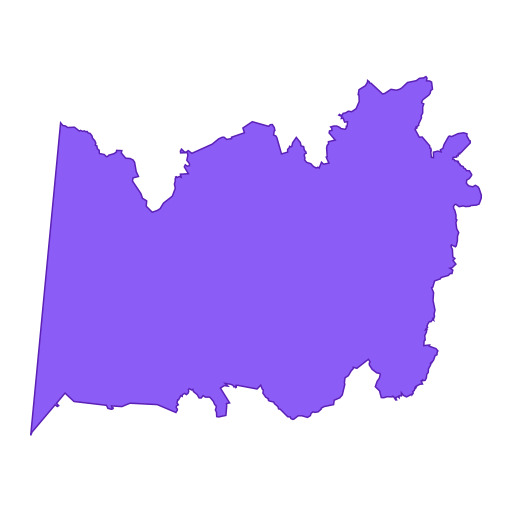 Huichapan, Hidalgo, Mexico (Natural Earth projection)
{"feature_id": "50627088B28469606214618", "entity_name": "Huichapan", "entity_type": "district", "adm_level": 2, "iso_a3": "MEX", "parent_name": "Mexico", "parent_adm1": "Hidalgo", "projection": "natural_earth1", "projection_center": [-99.627, 20.39], "detail": "fine", "context": "isolated", "style": "filled", "palette": "violet", "viewbox_px": 512, "rotation_deg": 0, "n_neighbors": 0, "source": "geoboundaries", "source_scale": "gbopen_adm2", "svg_char_len": 6071}
<svg xmlns="http://www.w3.org/2000/svg" viewBox="0 0 512 512"><path d="M463.7,132.8L458.1,133.6L451.6,136.6L449.7,136.0L448.6,136.5L444.0,144.6L442.9,148.4L440.4,149.8L441.1,151.9L437.8,151.1L433.4,152.2L433.5,157.7L431.4,157.4L430.7,151.1L431.3,150.9L430.8,148.3L429.8,148.1L429.7,145.8L422.2,137.0L419.3,137.2L415.0,129.3L417.0,127.9L415.3,126.7L416.0,127.0L418.7,125.4L418.6,124.1L421.5,117.8L421.2,115.8L422.7,113.0L422.7,107.0L423.8,103.9L421.7,102.8L421.6,102.0L422.9,99.7L428.8,95.1L430.2,93.2L430.7,90.6L432.5,89.2L431.6,82.1L429.8,81.0L426.5,80.8L427.0,78.0L425.9,76.6L423.5,77.9L419.5,78.3L416.2,80.7L407.5,82.5L401.7,88.0L399.7,89.2L396.4,90.2L391.0,89.3L384.8,93.4L382.6,94.0L371.1,83.3L369.5,83.0L369.3,81.8L367.6,80.5L367.5,82.1L365.4,85.7L359.0,89.7L358.2,94.5L358.7,94.5L359.0,96.1L359.2,101.5L356.1,108.7L351.7,111.7L348.3,111.2L345.6,112.9L343.1,113.4L342.2,115.0L340.8,115.3L339.5,114.4L338.8,115.1L341.9,116.5L341.3,118.5L343.2,118.2L344.6,122.1L347.5,121.7L347.2,126.0L346.2,126.3L346.5,127.5L345.2,129.3L340.6,128.5L340.0,127.5L336.9,126.1L333.9,126.0L330.7,126.9L331.8,128.2L331.9,130.4L329.5,130.9L329.1,132.9L335.2,140.1L328.4,141.7L328.5,144.0L327.2,145.3L326.6,148.1L327.2,156.7L326.2,157.1L328.9,163.1L323.6,164.2L321.5,162.2L319.2,168.0L317.9,167.2L316.3,168.0L313.4,166.5L310.8,163.7L306.7,162.4L304.6,159.9L305.0,157.8L304.3,156.0L304.5,154.0L306.2,153.2L305.8,151.8L304.4,150.3L303.6,146.6L301.1,145.9L300.3,142.5L296.3,137.4L292.6,142.8L291.8,146.4L290.9,146.9L289.6,146.3L289.3,147.7L287.6,149.4L287.7,152.1L281.5,153.9L276.8,137.5L275.8,135.9L273.6,135.1L274.2,131.0L274.9,130.5L274.3,127.6L272.3,124.5L270.3,124.7L268.6,126.3L252.3,121.7L242.9,128.0L244.4,132.8L231.5,137.2L231.6,138.6L226.7,139.4L224.0,137.2L222.1,137.3L218.6,138.9L212.3,144.1L191.9,153.3L188.2,150.6L186.5,151.9L184.7,152.2L181.5,149.1L180.4,151.1L180.6,152.9L186.9,152.7L187.6,153.3L187.8,155.6L186.8,160.2L189.3,163.5L189.6,164.9L189.0,165.9L187.1,166.1L185.3,164.8L184.3,166.9L188.4,173.7L180.4,174.2L181.2,177.3L179.4,176.4L177.6,177.4L176.4,176.7L175.6,177.0L175.9,177.9L175.2,178.7L175.2,181.3L174.4,184.1L175.3,188.3L172.3,196.2L163.5,203.1L160.1,208.7L157.0,210.6L152.2,212.2L146.2,206.2L146.7,200.9L142.5,198.3L140.9,193.6L132.5,181.1L133.0,177.9L138.5,176.5L136.2,171.5L134.6,162.3L133.1,160.0L130.1,158.5L125.7,158.2L121.3,153.0L121.8,150.6L116.6,150.4L116.5,151.9L114.1,153.6L108.7,155.2L107.6,156.5L106.3,156.6L104.2,154.5L99.8,153.6L99.3,153.1L99.2,150.3L97.3,148.7L96.9,145.9L95.4,145.3L95.8,143.1L94.6,140.4L92.6,138.3L92.0,135.9L90.1,133.4L88.2,133.0L87.2,131.5L85.5,131.7L84.5,130.9L82.5,131.3L80.6,130.4L79.2,131.0L74.5,127.2L67.7,127.5L65.5,126.0L62.8,125.5L60.6,122.8L30.7,435.4L32.0,432.1L55.1,404.8L57.3,406.5L58.7,405.7L56.5,403.3L65.0,393.1L74.0,401.5L106.5,405.3L107.9,408.4L111.6,409.3L113.1,408.6L113.0,407.8L112.0,407.6L111.6,405.9L121.8,406.6L130.0,403.2L143.7,403.9L157.3,404.6L175.9,412.5L177.3,410.2L177.4,409.1L176.2,407.7L176.5,405.8L178.3,404.8L177.0,402.8L177.7,399.8L178.5,399.9L180.8,395.7L182.2,396.3L182.1,395.2L183.4,394.0L184.8,393.4L186.3,394.6L188.0,393.3L188.7,391.6L188.4,389.6L189.2,388.7L191.7,390.0L192.8,389.4L193.4,391.5L197.2,394.6L199.1,397.9L201.2,398.0L203.1,395.6L205.3,397.1L209.3,397.1L210.3,397.7L213.4,401.4L214.7,404.6L216.0,405.6L216.2,407.6L215.4,409.9L216.5,412.4L216.7,416.6L218.9,416.9L225.9,415.4L226.7,406.2L226.5,403.6L229.6,402.9L220.4,388.1L224.3,385.6L227.9,386.1L225.2,383.4L230.7,384.3L232.9,385.2L234.0,386.9L234.9,386.3L235.7,387.6L236.3,387.2L236.2,385.3L238.0,385.4L257.1,389.0L260.7,385.2L262.3,389.2L263.3,389.9L262.9,393.1L265.7,397.2L268.4,398.7L268.2,399.8L269.1,400.9L273.9,402.1L274.3,403.5L277.9,406.6L278.6,408.9L280.2,409.2L287.7,416.7L290.3,417.0L290.9,418.5L292.7,419.4L293.8,419.2L298.2,415.8L302.0,415.8L307.5,417.4L310.4,415.6L311.0,413.5L313.0,411.8L314.8,412.4L318.2,411.8L321.1,409.2L321.2,408.2L324.1,406.6L333.6,404.6L334.2,400.2L339.8,397.8L342.3,394.9L344.8,384.4L344.4,382.6L345.0,377.8L348.3,375.7L351.2,370.8L353.2,368.7L353.2,367.3L356.9,368.3L368.4,359.3L370.1,361.9L369.3,363.0L369.3,364.8L372.0,369.2L376.6,372.8L379.8,373.5L380.3,374.3L379.3,378.3L377.2,381.2L375.3,386.7L379.5,390.8L381.3,397.6L383.8,397.7L387.2,396.7L392.1,396.9L392.6,396.2L393.6,396.7L395.8,400.0L396.6,399.9L395.5,397.6L398.0,396.7L399.1,397.7L399.0,395.8L401.4,395.9L401.4,392.8L403.1,395.2L406.5,396.9L411.9,394.2L412.0,394.8L413.2,393.2L412.8,391.5L414.2,390.6L415.3,387.0L415.8,386.6L416.0,387.5L416.9,385.8L419.8,384.3L422.5,384.0L421.1,380.9L422.7,379.9L422.8,380.7L425.1,380.4L426.4,377.8L426.7,374.4L428.2,372.5L428.5,368.8L430.5,365.1L431.0,363.5L430.5,363.3L431.3,362.3L431.8,362.6L433.6,360.0L435.1,355.7L437.0,354.7L437.1,352.5L437.9,350.9L435.9,348.6L429.1,346.1L429.6,345.0L423.8,345.6L424.1,341.1L425.2,339.9L424.7,335.7L426.4,332.1L426.7,329.9L426.0,329.9L426.9,329.3L426.0,328.9L427.6,327.3L427.0,326.1L427.7,324.2L429.4,321.6L431.0,321.7L432.7,319.5L433.5,320.1L433.0,318.7L433.6,319.0L434.5,316.2L434.1,313.9L435.0,310.1L433.0,300.2L433.6,292.7L431.6,287.7L432.8,287.1L434.6,280.9L440.3,278.9L441.1,277.5L448.2,275.5L450.3,273.5L452.0,273.5L452.8,270.1L449.9,268.2L452.0,267.8L455.9,264.1L453.0,260.5L454.9,258.5L452.8,257.0L452.4,249.2L451.3,247.3L451.1,245.6L451.4,244.9L455.4,246.8L456.2,245.9L457.4,240.6L457.5,236.1L458.7,232.6L456.7,228.8L455.9,222.5L456.9,219.9L456.0,219.4L456.0,215.0L454.7,210.1L453.7,208.6L453.5,206.4L454.9,204.5L455.9,204.3L459.2,206.7L463.2,205.9L465.6,206.6L469.8,206.3L471.0,205.5L476.4,205.1L479.1,204.0L481.2,198.3L481.3,195.1L479.1,188.5L478.0,186.9L475.4,185.3L472.7,186.8L468.8,185.9L466.4,183.3L466.7,180.1L469.4,178.5L471.5,175.6L471.7,174.6L469.4,170.8L466.5,170.6L465.2,168.7L463.8,168.2L463.2,166.6L460.2,165.4L460.3,164.6L458.0,162.4L458.5,162.0L458.2,161.3L454.8,160.7L454.1,159.4L452.8,159.3L453.0,157.4L456.6,157.1L456.7,155.8L458.2,155.8L458.2,154.2L459.6,154.0L459.4,153.1L460.6,153.0L470.3,142.9L470.2,140.9L469.4,140.6L466.8,135.9L467.0,133.8L463.7,132.8Z" fill="#8b5cf6" stroke="#5b21b6" stroke-width="1.5"/></svg>